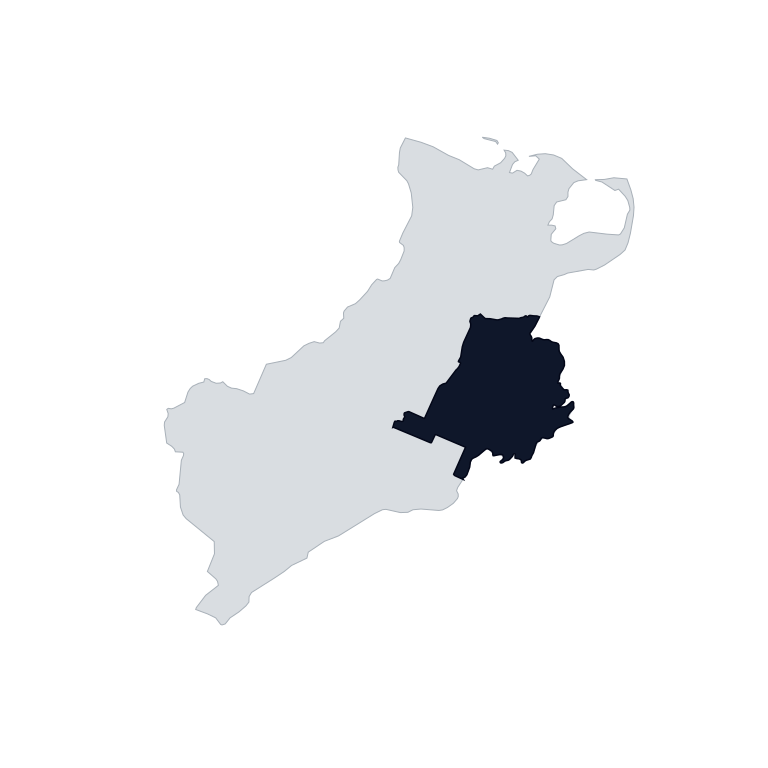 Tashauz on a map of Turkmenistan (Robinson projection), rotated 114°
{"feature_id": "TKM-353", "entity_name": "Tashauz", "entity_type": "Province", "adm_level": 1, "iso_a3": "TKM", "parent_name": "Turkmenistan", "parent_adm1": "", "projection": "robinson", "projection_center": [58.681, 41.132], "detail": "fine", "context": "in_parent", "style": "filled", "palette": "ink", "viewbox_px": 768, "rotation_deg": 114, "n_neighbors": 0, "source": "natural_earth", "source_scale": "10m", "svg_char_len": 7925}
<svg xmlns="http://www.w3.org/2000/svg" viewBox="0 0 768 768"><g transform="rotate(114 384 384)"><path d="M237.1,268.0L269.0,269.7L278.8,270.9L282.9,266.7L282.7,265.6L281.2,264.7L278.9,261.7L276.9,241.8L279.7,238.9L282.9,236.8L287.6,230.6L290.1,228.7L293.7,227.1L305.9,226.6L311.0,225.4L315.4,218.3L316.3,214.1L319.6,210.8L321.5,210.8L329.8,213.7L331.5,215.1L334.3,220.4L337.4,220.0L337.8,219.2L337.5,218.0L335.1,214.8L330.0,208.8L324.9,205.1L324.5,203.9L328.8,200.9L337.5,202.2L339.7,201.2L342.0,196.5L353.4,207.2L355.6,208.2L364.7,209.6L366.3,211.1L369.4,217.2L372.5,218.9L376.4,220.0L392.6,220.2L397.7,224.3L398.6,225.4L397.6,228.3L397.4,233.8L396.1,236.0L396.9,237.0L402.7,239.3L406.1,242.9L406.5,244.4L405.5,245.4L402.8,244.9L401.5,246.5L401.5,249.5L403.5,252.2L404.0,254.7L401.3,260.5L401.3,262.9L402.2,264.2L416.9,273.0L419.3,273.2L433.4,271.6L436.1,272.6L448.6,274.6L452.0,274.3L454.3,271.5L456.6,270.4L458.7,270.3L464.7,272.1L471.0,275.8L475.2,279.3L477.2,282.4L483.2,299.4L487.1,306.4L491.5,310.0L494.8,316.7L497.7,331.2L499.4,334.2L506.3,340.0L541.3,363.8L552.0,374.5L568.4,384.8L574.4,383.6L587.3,394.6L595.5,398.7L606.0,405.3L628.3,420.2L633.0,420.8L638.2,418.7L642.9,419.9L651.2,423.8L660.2,429.5L667.8,431.5L670.0,434.0L670.1,435.4L666.1,442.6L665.8,451.9L666.6,464.3L664.6,464.5L649.6,461.0L635.3,453.4L632.0,455.8L630.4,458.4L627.1,469.1L608.1,469.8L597.0,475.0L587.5,509.9L585.4,514.2L579.2,519.9L568.4,525.5L566.7,527.7L566.4,529.8L565.1,530.5L559.0,530.4L536.1,538.1L531.0,538.1L529.0,538.7L528.1,540.0L530.8,547.0L528.7,549.0L527.3,552.4L526.3,558.5L511.2,567.9L508.0,569.0L501.9,568.1L498.8,569.1L495.6,572.1L494.0,571.2L493.2,568.2L491.6,566.2L482.0,558.6L471.1,559.8L467.0,559.2L463.8,557.9L458.7,553.5L455.5,549.4L452.1,549.9L451.1,547.9L451.0,545.6L451.9,542.9L451.6,537.6L449.6,533.8L447.5,532.2L449.8,526.1L449.8,521.6L448.2,516.7L447.5,509.6L447.9,502.7L445.8,499.2L413.8,499.5L402.3,483.4L397.6,479.5L381.7,472.7L377.3,469.0L373.7,465.0L372.8,459.5L371.0,456.3L368.5,455.8L356.1,449.4L351.1,447.7L344.4,449.3L340.3,447.5L335.6,449.9L333.6,450.1L328.5,448.6L322.3,442.8L317.0,440.4L306.0,436.7L298.3,435.6L291.5,433.3L290.7,432.5L290.6,427.6L289.6,425.6L287.7,423.1L285.0,421.3L273.3,421.5L267.9,419.6L263.6,419.3L254.3,419.7L251.3,421.0L249.5,422.6L248.4,427.3L247.4,428.0L238.3,428.2L219.1,427.1L211.0,429.5L198.4,436.8L191.2,443.0L189.0,445.8L184.6,456.7L182.7,458.3L180.3,459.5L177.8,459.7L166.3,464.0L161.8,465.1L150.5,464.5L148.1,448.4L147.3,435.6L148.9,417.9L148.5,406.5L150.7,389.2L150.1,385.0L144.3,377.4L143.6,372.1L140.1,371.8L134.4,367.4L128.8,365.6L126.0,365.5L123.4,366.8L121.5,369.4L120.2,365.3L120.3,361.1L125.0,352.4L127.8,354.9L131.2,355.9L139.8,355.4L139.1,352.4L134.7,349.4L133.8,345.4L134.2,341.3L135.5,337.5L134.2,335.9L132.2,334.9L127.5,335.1L115.4,333.6L113.8,338.2L117.1,344.2L111.7,337.3L108.0,330.3L105.8,322.2L105.6,313.4L110.7,299.3L114.9,282.0L119.4,289.3L122.8,292.5L130.3,294.5L133.9,294.0L137.9,292.2L141.7,292.8L147.5,300.3L151.8,301.1L160.6,298.2L164.8,297.6L168.5,298.9L172.2,298.9L170.7,295.4L170.0,292.0L172.3,290.2L179.2,292.1L184.8,290.1L185.8,289.2L186.4,286.3L185.7,280.4L184.5,277.9L181.4,274.4L169.2,266.0L165.1,262.7L161.7,258.4L156.4,241.2L152.4,230.3L150.7,229.0L143.6,228.0L129.9,230.7L125.1,230.1L122.8,231.3L117.2,235.9L114.5,239.9L110.6,248.9L113.3,251.8L110.8,267.1L111.9,273.5L111.4,274.0L107.5,265.9L102.1,257.9L97.9,245.5L106.2,237.5L113.3,231.8L120.8,227.5L128.7,224.6L146.1,220.2L155.8,218.5L163.6,218.3L169.6,221.0L185.6,230.9L192.5,236.5L194.5,238.7L196.3,244.1L208.0,261.4L210.7,263.8L215.3,269.3L219.7,271.0L237.1,268.0ZM119.1,392.3L118.6,394.6L116.6,387.6L115.6,379.9L117.1,377.7L118.7,377.8L117.1,380.6L119.1,392.3Z" fill="#d9dde1" stroke="#a8b0b8" stroke-width="1"/><path d="M341.9,195.9L342.9,196.4L351.5,205.6L354.1,207.8L357.0,209.0L358.7,209.3L359.9,209.2L361.0,208.9L362.2,208.4L363.2,208.3L364.2,208.9L366.7,211.3L367.3,212.1L367.7,213.0L368.2,216.8L368.7,217.7L369.8,218.2L371.9,218.4L372.8,218.7L374.4,220.3L375.4,220.7L377.5,220.7L385.9,219.5L389.4,219.8L391.2,219.6L393.0,219.8L394.2,221.1L395.4,222.6L396.8,223.8L398.5,224.4L399.5,224.9L400.0,225.6L399.8,226.4L399.2,226.8L398.4,227.2L397.7,227.6L397.3,229.9L398.1,232.3L398.3,234.2L395.9,235.1L395.2,235.3L394.7,235.7L394.7,236.4L395.1,237.1L395.7,237.3L397.8,237.2L402.0,238.7L403.2,239.6L404.1,240.9L404.5,241.6L405.1,242.1L407.0,243.2L407.6,243.6L408.1,244.2L408.5,244.8L408.6,245.5L408.1,246.2L407.5,246.3L406.7,245.9L405.3,245.1L403.8,244.7L402.6,244.8L401.5,245.5L400.4,246.9L400.8,248.6L402.1,250.7L404.7,254.2L405.1,255.1L404.6,255.7L402.9,256.5L402.2,257.1L401.7,257.8L401.4,258.6L400.9,262.5L401.2,263.7L402.4,264.7L406.8,266.8L410.6,268.6L413.1,270.3L415.3,272.3L416.4,273.1L417.8,273.4L420.2,273.4L425.1,271.9L433.2,271.4L436.0,272.1L437.9,273.9L438.2,273.7L438.4,273.4L439.0,272.6L439.0,273.5L438.9,282.0L438.7,282.8L438.1,283.7L409.0,283.8L408.6,283.8L409.1,315.6L409.2,316.2L409.4,316.5L409.9,316.6L417.9,316.8L418.5,317.0L418.7,317.5L418.8,318.2L419.1,333.0L419.5,348.9L419.7,357.9L420.1,358.3L414.9,359.0L413.6,358.9L413.4,358.7L413.3,358.2L413.2,357.7L412.7,357.1L412.2,356.8L412.0,356.5L411.9,356.3L411.8,356.1L411.4,354.9L411.2,353.2L411.0,352.7L410.9,352.4L410.7,352.1L410.2,351.6L409.8,351.4L409.5,351.4L409.3,351.5L408.5,352.0L408.1,352.0L407.5,352.0L406.4,351.7L405.8,351.7L405.5,351.7L405.3,351.8L405.1,352.0L404.6,352.7L404.4,352.8L404.2,353.0L403.8,353.2L403.3,353.4L402.5,353.6L402.1,353.5L401.9,353.4L399.5,350.8L399.2,350.3L399.1,349.7L399.1,333.8L399.0,333.2L398.8,333.0L398.2,333.0L376.2,332.9L366.0,332.8L363.0,332.2L360.6,330.6L360.0,330.1L358.0,327.6L341.9,323.9L340.1,323.1L337.4,322.5L334.2,322.5L333.9,322.5L333.7,322.6L333.4,323.0L333.3,323.5L333.4,324.8L333.4,325.0L333.2,325.2L332.4,325.3L328.1,324.9L318.2,327.6L313.4,328.2L297.1,328.0L294.5,328.9L293.6,329.4L292.1,330.8L291.8,331.0L291.5,331.1L289.0,331.4L288.6,331.4L288.3,331.3L288.1,331.1L287.9,331.0L287.7,330.8L287.5,330.5L287.1,330.1L286.9,330.0L286.7,329.9L285.2,329.5L284.9,329.4L284.8,329.2L284.6,329.0L284.4,328.4L283.7,326.4L283.5,326.1L283.2,325.8L282.1,325.2L280.9,324.4L282.6,319.6L283.0,318.0L281.2,313.6L279.6,307.2L279.0,305.8L276.7,303.0L275.5,302.0L274.6,300.9L274.3,300.4L274.1,300.0L273.6,298.4L269.1,287.3L268.9,287.1L267.7,285.9L266.5,284.1L266.0,283.6L265.7,283.4L264.9,283.0L264.6,282.8L264.2,282.4L264.0,282.1L264.0,281.7L264.1,281.4L264.3,280.8L264.4,280.5L264.4,280.1L264.2,279.8L264.0,279.7L263.5,279.7L263.1,279.7L262.8,279.5L262.4,279.1L262.1,278.8L261.8,278.1L260.8,274.8L259.7,272.1L259.5,271.1L259.4,269.2L260.9,269.2L269.8,269.7L273.6,270.4L278.5,271.4L279.3,271.0L280.6,268.9L281.4,268.0L283.2,267.2L284.1,266.6L284.6,266.1L284.6,265.8L284.3,265.6L282.3,265.1L281.7,264.8L281.1,264.5L280.3,263.5L279.5,262.3L279.0,261.0L278.8,259.6L278.9,257.9L278.7,256.5L278.3,255.2L277.4,253.8L276.7,252.1L276.7,250.5L277.1,248.9L277.2,247.1L276.3,243.2L276.4,241.3L277.5,239.9L281.3,238.2L283.0,237.1L284.5,235.1L286.7,231.3L290.0,228.4L293.7,226.7L297.6,226.6L303.2,227.5L305.1,227.1L307.3,226.1L308.1,226.0L310.8,226.1L311.6,225.9L312.5,225.3L312.3,224.9L311.8,224.3L311.5,223.6L311.9,222.9L313.4,222.5L314.0,221.9L315.6,218.5L316.0,217.3L315.9,216.6L315.0,214.9L314.8,213.6L315.5,213.1L316.6,212.6L317.6,211.6L318.0,211.0L318.4,210.5L319.1,210.2L320.0,210.0L320.9,210.1L321.7,210.3L322.2,210.8L323.1,212.1L323.8,212.4L324.4,212.4L325.9,211.8L326.6,211.7L327.5,211.8L331.4,213.5L332.8,214.4L333.8,215.7L334.2,217.4L334.1,218.3L333.9,219.2L333.8,219.9L334.3,220.6L335.0,220.8L337.5,220.4L338.0,220.1L338.2,219.7L338.0,219.3L337.5,218.9L335.9,217.2L333.0,212.8L331.9,210.5L330.7,208.8L329.3,207.8L324.3,205.6L323.6,205.0L323.3,204.1L323.7,203.4L324.4,202.9L325.9,202.3L328.0,201.1L328.8,200.9L329.8,200.9L334.1,202.5L336.1,202.9L338.2,203.0L339.8,202.6L340.6,201.2L341.2,197.0L341.9,195.9Z" fill="#0f172a" stroke="#020617" stroke-width="1.5"/></g></svg>